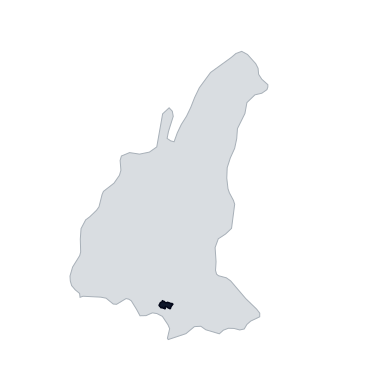 location of Juan Santiago, La Estrelleta, Dominican Republic, rotated 285°
{"feature_id": "3306468B19325324705004", "entity_name": "Juan Santiago", "entity_type": "district", "adm_level": 2, "iso_a3": "DOM", "parent_name": "Dominican Republic", "parent_adm1": "La Estrelleta", "projection": "orthographic", "projection_center": [-71.601, 18.728], "detail": "fine", "context": "in_parent", "style": "filled", "palette": "ink", "viewbox_px": 384, "rotation_deg": 285, "n_neighbors": 0, "source": "geoboundaries", "source_scale": "gbopen_adm2", "svg_char_len": 3101}
<svg xmlns="http://www.w3.org/2000/svg" viewBox="0 0 384 384"><g transform="rotate(285 192 192)"><path d="M62.1,255.1L62.5,241.0L64.6,235.3L62.6,229.2L53.6,222.8L48.1,214.5L43.3,207.2L44.4,206.1L54.2,205.8L57.6,203.1L64.2,195.6L65.5,189.6L65.0,185.0L60.7,179.6L59.0,173.8L64.3,168.8L71.2,161.5L72.1,158.7L72.0,155.9L64.0,148.2L63.4,144.9L67.2,136.5L66.8,131.0L63.1,113.7L61.3,111.1L64.9,109.7L67.3,104.5L70.4,100.0L74.5,97.5L79.2,95.9L88.6,96.1L101.5,100.0L105.2,100.0L117.6,96.3L127.9,94.3L137.6,96.5L141.5,99.6L149.6,104.5L153.6,106.0L166.3,105.8L169.7,106.3L180.4,114.4L189.4,117.6L194.6,117.7L203.9,114.4L208.5,114.5L213.9,121.5L215.0,131.5L219.5,140.5L226.4,146.3L259.9,143.4L267.4,148.1L264.9,152.1L260.2,154.3L244.3,153.6L237.3,154.1L235.9,158.1L235.9,161.7L245.3,162.5L254.5,164.2L263.8,167.1L273.4,168.9L284.0,170.1L294.6,172.1L312.3,179.0L332.0,195.0L337.2,198.6L340.7,203.6L339.2,210.0L332.4,220.4L328.6,223.8L322.9,225.9L319.0,230.2L315.3,237.5L313.0,238.1L310.3,237.9L305.5,233.9L302.1,227.6L292.6,221.9L281.5,222.8L265.0,219.5L255.0,221.4L245.1,221.9L234.9,220.2L224.6,219.7L214.4,222.0L204.5,225.9L200.9,228.3L194.6,234.2L191.2,236.4L167.1,239.6L160.1,235.3L153.6,229.5L144.3,228.7L130.8,233.3L122.4,235.0L119.0,237.0L118.0,239.2L118.0,247.4L116.1,252.4L103.0,271.4L95.6,284.7L92.5,288.8L89.0,289.7L82.5,282.1L78.3,279.3L73.2,277.9L71.1,273.8L71.1,268.0L69.8,262.4L66.6,258.0L62.1,255.1Z" fill="#d9dde1" stroke="#a8b0b8" stroke-width="1"/><path d="M78.7,202.5L78.8,202.3L78.9,202.0L79.1,201.7L79.1,201.4L79.0,201.2L78.9,201.0L78.9,200.9L78.9,200.4L78.9,199.5L78.9,199.2L78.9,198.9L79.1,198.6L79.1,198.3L79.1,197.9L79.1,197.4L79.1,197.2L79.1,196.9L78.9,196.6L78.6,196.4L78.4,196.2L78.4,195.7L78.2,195.3L78.2,195.2L78.3,194.9L78.4,194.6L78.5,194.5L78.7,194.0L79.0,193.6L79.1,193.3L79.0,193.2L78.8,192.9L78.7,192.8L78.7,192.7L78.8,192.4L79.0,192.3L79.1,192.2L79.3,192.0L79.3,191.9L79.3,191.6L78.9,191.5L78.7,191.4L78.4,191.4L78.0,191.3L77.9,191.3L77.8,191.2L77.7,191.1L77.5,190.9L77.4,190.6L77.2,190.3L77.1,190.2L76.9,190.1L76.5,190.1L76.4,190.0L76.2,189.9L75.9,189.9L75.5,189.9L75.3,189.8L75.2,189.8L75.0,189.7L74.8,189.6L74.2,189.6L73.9,189.6L73.7,189.8L73.5,190.1L73.4,190.2L73.2,190.5L73.0,190.8L72.9,191.0L72.8,191.3L72.7,191.4L72.6,191.5L72.3,191.8L72.2,191.9L72.2,192.0L72.2,192.3L72.3,192.5L72.4,192.8L72.5,192.9L72.5,193.0L72.8,193.0L73.0,193.2L73.0,193.3L72.9,193.4L72.9,193.5L72.6,193.7L72.5,193.8L72.4,193.9L72.4,194.0L72.3,194.4L72.4,194.7L72.4,195.1L72.3,195.5L72.2,195.8L72.2,196.0L72.3,196.2L72.5,196.3L72.8,196.3L73.0,196.2L73.3,195.9L73.5,195.7L73.8,195.7L74.1,195.8L74.4,195.9L74.4,196.0L74.5,196.0L74.5,196.3L74.5,196.6L74.5,197.2L74.5,197.5L74.3,197.9L74.2,198.1L74.1,198.3L74.1,198.5L74.0,198.8L74.0,199.0L73.9,199.3L73.8,199.6L73.8,200.0L73.7,200.2L73.6,200.5L73.6,200.8L73.6,201.0L73.8,201.2L74.0,201.2L74.2,201.3L74.3,201.3L74.5,201.4L74.8,201.4L75.0,201.3L75.4,201.3L75.5,201.3L75.8,201.4L76.0,201.5L76.4,201.7L76.9,201.7L77.1,201.8L77.3,201.8L77.5,202.1L77.8,202.2L78.1,202.3L78.5,202.4L78.7,202.5Z" fill="#0f172a" stroke="#020617" stroke-width="1.5"/></g></svg>